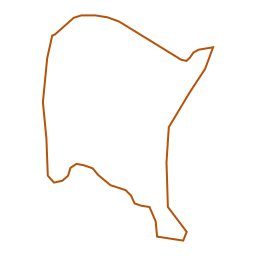 SVG path tracing the border of Yumbe
{"feature_id": "UGA-3086", "entity_name": "Yumbe", "entity_type": "District", "adm_level": 1, "iso_a3": "UGA", "parent_name": "Uganda", "parent_adm1": "", "projection": "robinson", "projection_center": [31.315, 3.455], "detail": "fine", "context": "isolated", "style": "outline", "palette": "amber", "viewbox_px": 256, "rotation_deg": 0, "n_neighbors": 0, "source": "natural_earth", "source_scale": "10m", "svg_char_len": 617}
<svg xmlns="http://www.w3.org/2000/svg" viewBox="0 0 256 256"><path d="M186.5,60.9L189.7,57.8L190.0,57.5L193.4,52.6L198.6,49.7L213.1,47.3L205.1,68.9L189.9,92.1L168.8,127.2L166.5,162.4L167.9,207.0L186.7,231.9L183.2,240.6L157.1,236.6L155.7,221.4L149.5,207.0L141.5,205.8L134.6,203.4L131.0,195.5L125.5,190.1L110.5,185.2L98.4,175.2L92.6,168.3L84.0,165.3L76.5,163.9L70.5,167.8L68.1,175.7L62.4,180.7L54.0,182.6L47.8,175.7L46.4,138.3L42.9,102.2L47.2,58.2L52.2,35.6L54.9,34.5L62.8,27.5L73.7,17.8L81.4,15.4L95.3,15.4L107.4,17.3L119.0,21.5L143.4,36.5L181.1,59.7L186.5,60.9Z" fill="none" stroke="#b45309" stroke-width="2"/></svg>